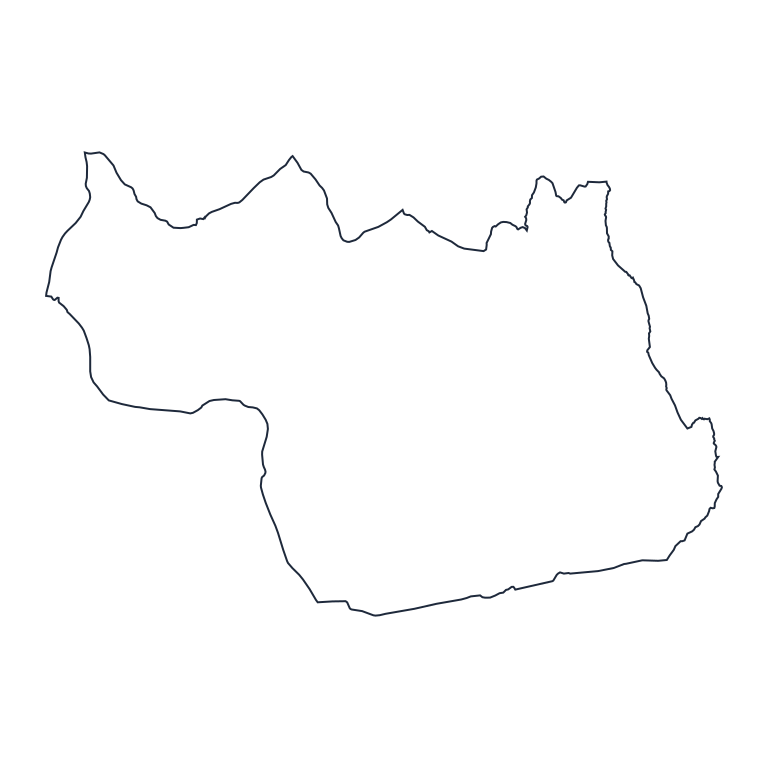 Gayo Lues, Aceh, Indonesia
{"feature_id": "22746128B71384327775718", "entity_name": "Gayo Lues", "entity_type": "district", "adm_level": 2, "iso_a3": "IDN", "parent_name": "Indonesia", "parent_adm1": "Aceh", "projection": "equal_earth", "projection_center": [97.458, 3.981], "detail": "fine", "context": "isolated", "style": "outline", "palette": "slate", "viewbox_px": 768, "rotation_deg": 0, "n_neighbors": 0, "source": "geoboundaries", "source_scale": "gbopen_adm2", "svg_char_len": 6062}
<svg xmlns="http://www.w3.org/2000/svg" viewBox="0 0 768 768"><path d="M288.0,563.0L292.4,568.1L299.2,574.8L303.0,579.5L309.6,589.1L316.0,600.0L317.7,602.3L332.6,601.4L345.6,601.2L347.2,602.4L349.7,608.1L350.5,609.0L351.7,609.5L362.1,611.1L373.4,615.3L375.5,615.6L379.7,615.2L385.6,613.8L414.4,608.8L436.5,603.8L461.2,599.5L466.7,598.0L470.8,596.4L480.1,595.4L482.4,597.2L485.2,597.7L490.1,597.6L495.3,595.5L499.6,593.2L503.3,592.6L506.0,589.9L508.2,589.4L511.6,586.9L513.3,586.8L514.0,587.5L515.3,589.6L552.3,581.2L553.3,580.6L556.7,574.9L558.0,573.6L560.0,572.4L563.9,573.6L568.6,573.0L570.2,573.6L598.0,571.1L613.7,568.0L624.1,564.0L626.0,563.8L642.3,560.3L658.2,560.8L666.8,560.0L669.7,555.4L673.8,549.8L675.4,546.1L680.6,541.2L682.3,541.2L684.6,540.4L687.4,533.6L692.1,531.4L694.0,529.7L695.4,527.2L697.9,526.1L699.5,524.5L701.0,521.1L704.6,518.6L705.3,517.4L707.3,515.6L709.1,511.1L709.5,509.0L710.6,507.8L712.8,508.3L714.3,508.0L714.7,506.6L714.8,503.1L716.5,499.4L718.2,496.9L718.2,494.0L721.5,488.6L721.9,487.2L721.3,486.0L719.6,485.7L717.9,482.7L717.6,481.2L717.9,475.6L715.9,471.5L714.4,469.5L714.9,467.4L714.5,464.9L714.8,462.7L714.7,461.8L718.2,456.9L716.8,457.0L716.3,456.6L715.9,455.1L715.3,451.3L716.4,447.0L716.2,446.1L715.4,444.9L714.2,444.0L713.7,443.2L714.0,442.2L714.8,440.8L714.2,439.5L714.2,438.5L713.2,436.9L713.3,436.0L714.1,434.8L714.1,433.3L713.5,431.0L712.2,428.5L711.6,424.2L711.2,423.1L709.8,421.2L709.8,419.7L709.3,418.4L707.4,419.2L704.3,418.7L703.9,419.3L702.9,418.9L702.4,418.2L701.8,418.9L700.5,418.0L699.3,417.8L698.5,418.7L695.4,420.4L694.0,422.7L693.3,422.8L692.0,424.6L691.4,426.9L687.4,428.5L680.9,419.8L677.5,412.4L675.0,405.4L671.5,398.7L670.2,395.2L666.5,390.3L666.3,389.2L666.7,388.1L666.1,386.4L666.3,384.9L666.1,382.6L665.3,380.5L664.1,378.4L661.3,376.3L659.5,373.6L659.1,372.4L656.5,369.7L655.0,367.7L652.2,363.0L648.8,355.2L648.2,352.6L647.1,351.8L647.3,350.3L649.9,347.0L648.8,338.7L649.2,336.0L649.0,333.4L650.3,331.4L649.6,328.2L650.0,326.8L648.5,321.5L648.5,320.3L649.2,318.9L648.7,315.7L647.7,313.4L646.3,305.8L643.1,297.3L640.7,288.2L639.1,285.5L636.4,284.1L635.2,282.3L634.4,282.0L634.0,280.1L632.9,277.7L632.3,278.3L631.5,278.0L629.6,275.3L628.8,275.5L628.3,275.2L628.1,274.3L626.3,271.9L625.2,271.8L618.0,265.4L613.1,259.0L612.2,255.4L612.4,251.3L610.9,249.9L610.7,247.4L610.1,246.8L609.8,245.9L609.4,242.9L608.7,242.3L608.1,240.9L608.2,239.3L608.7,238.7L608.7,236.4L607.0,233.3L606.9,228.1L606.7,226.9L605.9,225.3L605.5,220.9L606.1,217.3L605.9,216.3L605.2,215.6L604.8,214.4L605.7,213.1L605.6,212.0L606.1,209.8L605.5,208.7L606.2,206.4L606.2,203.6L606.5,202.4L606.2,200.9L607.0,199.2L606.7,197.4L606.8,196.3L608.1,193.8L608.2,191.4L609.4,191.1L610.1,190.1L609.8,188.5L608.9,186.8L607.6,185.2L606.6,182.7L606.5,181.6L599.4,182.3L588.0,181.8L587.3,184.1L585.6,186.5L584.6,186.6L580.1,185.3L578.9,185.4L576.9,187.8L571.0,197.7L566.7,200.4L565.9,202.3L565.0,202.6L564.4,202.3L563.6,200.3L562.1,199.7L560.8,198.0L558.5,196.3L556.9,196.2L556.2,195.7L555.5,192.0L552.5,183.2L551.2,181.8L548.8,179.9L546.3,178.7L543.6,176.5L541.1,176.7L539.1,178.5L536.9,179.6L536.5,180.7L536.5,183.3L535.8,187.4L533.9,192.5L532.0,195.2L531.9,198.0L530.3,199.5L529.9,201.4L530.0,203.0L529.5,204.3L527.8,206.4L527.8,207.5L526.6,209.3L527.0,212.6L526.2,215.5L525.1,216.8L526.1,218.2L526.3,220.0L525.1,224.0L525.6,225.4L527.2,226.1L527.6,227.0L526.8,230.5L525.0,228.1L522.7,227.1L520.8,227.7L518.1,229.4L517.4,229.0L516.4,227.0L515.5,226.2L512.4,224.7L510.3,223.0L506.6,222.1L503.3,221.9L500.9,222.4L498.2,224.2L495.7,226.5L494.6,226.1L493.0,226.9L492.1,227.9L491.1,231.6L490.9,234.2L486.6,243.0L486.7,244.9L486.1,249.5L483.6,251.1L464.2,248.6L458.1,246.3L451.5,241.6L438.3,235.5L431.9,231.0L429.4,232.4L428.7,231.2L426.8,230.2L424.9,226.8L417.9,221.6L413.5,217.4L409.5,214.9L407.2,215.0L404.8,214.3L404.0,213.6L402.6,209.9L390.9,219.5L386.9,222.2L378.3,226.9L364.6,231.7L363.3,232.7L359.1,237.5L355.5,240.0L349.3,241.9L347.2,241.8L343.4,240.3L341.7,238.2L340.6,236.0L338.9,228.2L338.1,225.5L335.7,222.0L331.5,212.9L328.3,207.9L327.2,204.4L327.0,198.5L324.0,190.5L322.1,187.9L319.6,185.5L315.5,179.4L310.7,173.7L308.6,172.5L303.6,171.5L301.4,169.9L297.5,162.8L292.6,156.1L291.4,157.0L289.0,160.0L285.7,165.1L280.2,168.9L273.8,175.4L271.2,177.0L263.5,179.6L259.7,182.3L253.6,188.2L242.3,200.0L239.3,202.4L237.8,202.9L234.9,202.8L231.0,203.9L219.5,209.2L211.8,211.9L209.0,213.4L205.8,216.5L205.0,217.9L204.7,217.3L203.2,219.1L200.1,218.5L196.9,219.6L196.8,223.0L195.9,225.1L193.6,224.9L188.7,227.2L183.8,227.8L180.6,228.1L173.5,227.7L168.7,224.5L167.1,221.6L165.4,220.7L160.5,219.8L157.5,218.1L155.9,216.1L154.7,213.0L150.5,207.3L146.6,205.3L141.3,203.6L137.7,201.4L136.5,199.2L136.1,196.8L134.5,194.0L133.6,190.4L132.6,188.5L131.2,187.3L124.8,184.4L121.0,180.2L116.5,172.7L113.5,165.5L104.9,155.3L103.5,154.1L99.5,152.4L91.1,153.6L88.6,153.5L84.8,152.5L85.5,157.4L86.6,162.0L87.1,166.2L86.9,177.8L85.7,183.8L85.9,186.1L86.8,188.2L89.0,191.0L89.8,193.6L90.2,197.2L89.7,199.7L88.8,202.0L83.4,211.0L80.6,216.8L75.7,223.0L67.5,230.8L65.0,233.5L62.5,237.0L61.0,239.8L58.0,247.4L56.6,252.6L51.6,267.4L50.6,271.1L49.2,282.0L46.5,292.5L46.1,295.9L51.3,296.6L53.1,299.4L54.2,300.0L54.8,299.9L57.4,297.7L58.6,297.9L58.6,301.2L59.1,302.6L63.7,306.2L66.8,309.9L67.5,312.1L69.7,314.0L78.8,323.5L82.0,327.7L83.8,330.7L86.5,338.0L88.8,345.2L89.6,349.2L90.2,357.0L90.2,371.4L91.1,377.1L93.6,382.4L97.1,386.4L103.1,394.5L108.8,400.4L122.0,404.1L135.1,406.9L139.6,407.3L150.0,409.1L180.2,411.4L190.3,413.4L193.0,412.8L197.9,410.1L201.3,407.5L202.3,405.6L209.5,401.0L213.9,400.0L225.5,399.2L232.4,400.3L239.1,400.8L240.1,401.2L243.5,404.8L244.8,405.6L248.3,407.0L252.8,407.4L256.9,408.4L259.2,410.2L262.4,414.4L265.7,419.8L267.4,423.9L267.9,428.9L266.7,436.8L262.2,451.5L262.1,454.7L263.0,464.5L263.8,467.0L265.0,469.6L265.5,471.5L265.4,472.9L264.1,475.5L262.2,477.0L261.6,478.2L260.8,485.8L261.0,487.6L262.9,494.5L265.7,502.8L270.3,514.5L275.4,525.8L278.0,532.9L283.2,549.8L287.1,561.1L288.0,563.0Z" fill="none" stroke="#1e293b" stroke-width="2"/></svg>